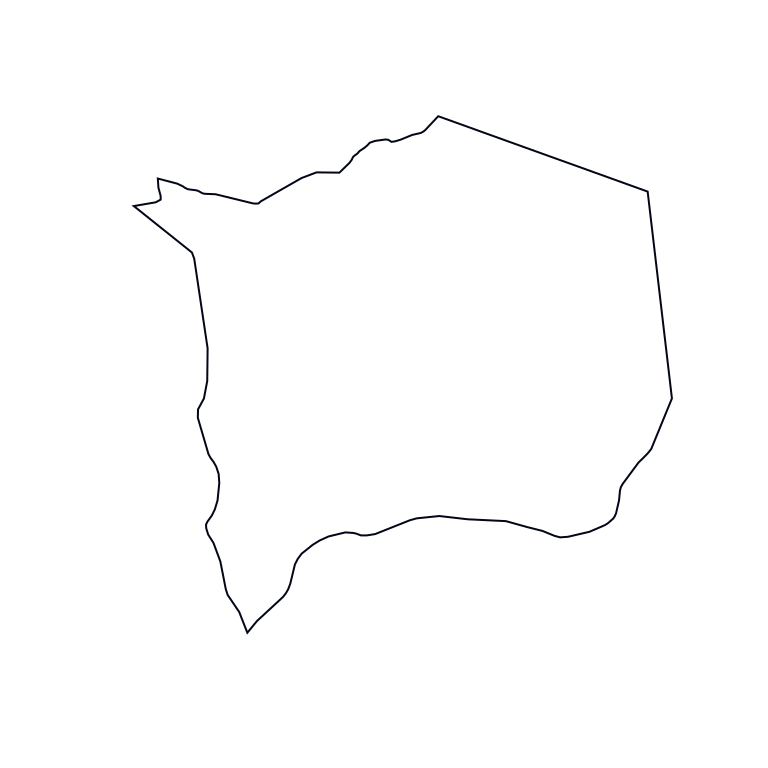 an SVG outline of Chontales, rotated 193°
{"feature_id": "NIC-669", "entity_name": "Chontales", "entity_type": "Department", "adm_level": 1, "iso_a3": "NIC", "parent_name": "Nicaragua", "parent_adm1": "", "projection": "mercator", "projection_center": [-85.042, 12.14], "detail": "fine", "context": "isolated", "style": "outline", "palette": "ink", "viewbox_px": 768, "rotation_deg": 193, "n_neighbors": 0, "source": "natural_earth", "source_scale": "10m", "svg_char_len": 1618}
<svg xmlns="http://www.w3.org/2000/svg" viewBox="0 0 768 768"><g transform="rotate(193 384 384)"><path d="M377.7,232.0L380.8,231.9L388.3,230.7L403.7,223.0L411.4,217.1L417.2,211.4L426.0,200.3L428.7,194.2L430.2,188.2L430.4,168.4L431.2,162.4L432.5,158.1L434.5,153.8L454.5,124.4L461.2,110.9L473.8,129.3L488.9,143.3L492.0,148.5L503.5,174.2L514.4,190.8L521.4,197.7L524.7,203.3L525.8,206.9L525.1,210.1L522.1,217.3L520.6,223.9L520.0,233.1L522.2,250.4L524.9,259.2L528.8,265.6L532.4,269.6L536.2,272.8L539.2,276.1L557.8,309.2L559.5,317.4L556.2,329.4L556.9,347.1L563.9,379.1L597.1,463.4L600.7,468.9L667.8,501.1L647.3,509.7L643.1,513.4L643.6,515.7L644.1,517.3L647.9,524.4L650.6,533.3L630.5,532.7L624.6,531.4L622.1,530.4L620.1,529.9L618.3,529.7L610.4,530.5L608.3,530.3L603.8,529.0L601.5,529.0L590.8,531.0L552.2,530.5L549.5,530.9L546.9,531.7L545.2,534.2L510.6,566.2L497.4,575.0L475.0,579.9L467.2,592.0L465.8,595.5L465.7,596.1L465.2,598.3L464.2,599.8L462.0,602.3L461.2,603.5L460.7,604.7L460.0,605.7L456.3,609.6L453.9,612.8L452.2,615.8L450.4,617.0L447.3,618.9L437.5,622.6L434.9,622.9L433.6,622.5L431.2,621.6L427.9,622.9L423.1,625.6L412.6,633.0L404.4,637.0L402.2,639.1L401.0,640.6L391.4,657.1L170.4,630.8L100.2,434.7L109.0,380.8L111.5,375.6L116.4,367.7L117.1,366.7L117.7,365.7L118.3,364.8L128.9,340.5L130.0,336.8L130.1,333.2L128.8,323.5L128.8,310.4L129.4,307.0L130.4,304.4L134.6,298.6L137.1,296.1L150.6,286.2L170.4,276.5L177.9,274.2L183.7,274.4L196.6,276.5L211.9,276.8L234.4,277.8L272.1,271.0L300.4,267.8L321.8,260.5L328.1,257.1L358.8,235.8L366.7,232.6L372.3,231.3L377.7,232.0Z" fill="none" stroke="#020617" stroke-width="2"/></g></svg>